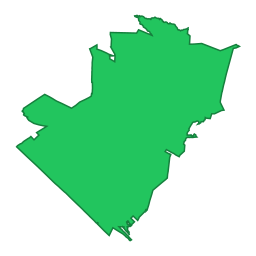 outline of Mapastepec, Chiapas, Mexico
{"feature_id": "50627088B6586948636564", "entity_name": "Mapastepec", "entity_type": "district", "adm_level": 2, "iso_a3": "MEX", "parent_name": "Mexico", "parent_adm1": "Chiapas", "projection": "orthographic", "projection_center": [-92.868, 15.447], "detail": "fine", "context": "isolated", "style": "filled", "palette": "green", "viewbox_px": 256, "rotation_deg": 0, "n_neighbors": 0, "source": "geoboundaries", "source_scale": "gbopen_adm2", "svg_char_len": 5724}
<svg xmlns="http://www.w3.org/2000/svg" viewBox="0 0 256 256"><path d="M184.3,151.2L184.8,145.1L184.6,144.9L183.9,144.5L183.6,144.1L184.0,142.6L184.0,141.9L184.2,141.6L185.5,140.3L185.6,139.2L186.1,138.2L186.5,137.8L187.3,137.5L188.0,137.3L189.1,137.5L190.9,137.4L192.8,137.5L195.2,137.1L196.1,137.1L196.8,137.0L196.0,136.2L195.8,135.0L194.3,134.0L193.5,135.1L192.9,136.4L192.1,136.4L192.2,135.9L191.1,134.9L190.8,135.4L190.2,135.1L187.2,135.1L187.2,134.2L187.0,133.6L187.6,132.1L189.2,130.2L188.8,128.8L189.3,128.3L189.5,127.7L190.5,126.0L191.0,125.1L191.8,124.0L192.1,123.3L192.7,122.5L193.3,122.1L195.0,122.0L197.0,121.0L197.7,121.1L198.4,121.5L198.6,121.7L198.9,122.9L197.9,124.1L198.5,123.9L199.1,123.9L200.1,123.1L200.4,123.0L200.7,122.8L200.8,122.5L200.8,122.2L201.0,121.9L202.0,121.6L202.9,121.7L203.2,121.5L203.5,121.6L203.9,120.9L204.0,120.4L204.5,120.0L204.9,119.9L205.1,119.6L205.1,119.0L205.3,117.6L205.9,118.1L210.2,118.6L211.7,113.8L214.5,113.8L221.5,110.5L224.0,110.1L220.3,102.5L220.3,101.1L221.8,92.7L222.2,91.5L223.5,85.4L224.5,81.7L225.4,77.6L226.5,73.2L233.3,48.4L236.1,47.9L239.4,46.4L238.1,45.6L237.8,45.7L237.3,45.6L236.9,45.2L236.7,44.8L236.1,44.5L223.2,49.7L220.2,50.7L201.7,43.5L193.8,44.1L189.5,44.2L190.0,36.0L189.7,35.6L188.7,34.9L188.5,34.6L187.9,34.1L187.5,33.9L187.3,33.6L187.6,32.7L187.6,31.5L187.7,31.0L187.8,30.1L187.9,29.9L188.2,29.6L188.0,28.7L188.1,28.0L187.6,28.2L186.9,28.7L186.8,28.9L186.4,29.1L185.7,29.1L185.2,29.4L183.9,29.4L182.4,30.3L182.2,30.3L181.7,30.1L180.6,30.8L180.3,30.4L179.9,30.4L179.7,30.1L178.9,29.8L178.4,30.0L178.0,29.8L177.7,29.5L177.4,28.4L176.9,27.5L176.3,26.9L175.8,26.4L175.6,26.1L175.5,25.7L175.2,25.3L174.9,24.6L173.7,24.1L173.0,24.2L170.8,23.7L170.3,23.1L170.0,23.0L169.7,23.1L169.7,23.6L169.4,23.8L169.1,23.8L168.2,23.7L167.7,23.4L167.2,22.6L166.3,22.1L165.5,22.2L165.2,22.0L164.4,22.4L163.7,22.3L163.4,22.0L163.3,21.4L163.0,21.3L162.7,21.3L162.5,21.2L162.1,20.1L161.9,19.7L161.3,19.4L160.4,18.5L159.9,18.6L159.7,19.4L159.5,19.5L159.3,19.2L159.0,18.7L158.8,18.6L158.7,18.4L158.3,18.3L157.6,18.4L157.1,18.2L156.6,18.2L155.8,17.7L155.3,17.3L154.9,17.2L153.9,17.9L153.3,18.0L152.2,17.9L151.5,18.1L151.0,18.5L151.0,19.3L150.9,19.5L150.7,19.5L150.3,19.1L149.8,18.9L148.6,18.8L147.6,18.9L147.1,18.9L146.5,18.4L145.3,18.4L145.1,18.2L143.5,16.7L142.0,16.1L141.4,16.1L140.3,16.7L139.8,16.7L139.7,16.3L139.8,15.8L139.7,15.7L138.5,16.2L137.4,15.5L136.9,15.4L135.3,15.9L134.7,15.9L134.8,16.3L135.3,16.7L135.7,16.7L136.0,16.9L136.3,17.0L136.5,17.2L137.1,17.1L137.4,17.5L137.9,17.5L138.5,18.1L138.7,18.6L138.6,19.1L138.6,19.8L138.8,20.5L139.1,21.0L139.9,21.8L140.1,22.9L139.9,23.6L140.2,24.1L140.9,24.3L141.4,24.3L141.8,24.5L142.6,25.3L142.8,25.6L143.2,25.9L143.4,26.4L143.3,26.7L143.4,27.0L145.2,28.1L146.0,28.8L146.6,29.4L147.5,30.9L147.8,31.1L148.8,31.3L149.5,31.7L149.9,32.1L150.2,33.2L150.3,33.4L151.1,33.8L151.4,34.6L152.1,35.2L152.2,35.5L138.6,29.8L136.6,33.1L110.4,32.5L110.3,34.5L111.5,39.0L111.1,46.7L110.7,46.9L114.9,54.3L114.4,55.8L115.1,55.9L114.7,61.7L109.7,58.8L109.9,57.7L109.5,55.9L113.6,55.9L108.7,54.2L106.7,53.1L101.2,50.6L96.9,49.1L97.0,46.0L96.9,44.9L90.6,48.5L89.7,48.8L92.8,57.2L92.2,62.6L92.2,65.4L92.0,68.4L92.1,70.0L91.9,71.8L91.9,74.8L91.8,76.4L91.8,77.8L91.7,79.0L91.8,82.4L92.4,82.4L92.5,88.2L92.2,93.6L91.6,93.5L91.2,96.2L89.1,97.5L85.0,99.6L80.3,101.8L79.7,102.1L75.8,105.4L71.5,108.2L61.9,103.5L56.6,101.1L54.1,99.6L52.9,98.8L49.4,96.8L44.7,94.4L37.9,98.8L23.5,108.4L23.4,109.6L23.1,110.1L22.6,110.5L22.3,110.9L22.2,111.3L22.3,111.5L22.5,111.7L23.3,111.9L23.5,112.2L23.7,113.0L23.8,113.2L24.3,113.5L24.0,114.3L23.6,114.6L23.6,114.9L25.0,115.9L25.7,116.1L26.6,116.7L27.6,117.1L27.0,117.7L27.7,118.9L28.9,120.4L33.9,123.4L38.8,124.8L43.0,125.7L46.7,126.3L44.6,127.7L36.6,132.6L38.9,135.1L34.0,139.8L30.9,136.5L29.5,137.8L28.3,138.4L24.0,141.2L22.4,142.6L22.2,142.9L21.7,143.4L21.2,143.6L20.4,143.8L17.5,145.7L16.6,146.8L18.2,148.3L26.3,156.0L36.6,165.6L46.9,175.5L53.2,181.7L55.2,183.6L58.7,186.6L60.0,187.9L64.4,191.9L65.8,193.0L70.3,197.5L76.5,203.5L82.7,209.4L84.3,211.1L89.3,215.9L89.5,216.3L89.9,216.6L94.2,220.7L95.9,222.6L96.7,223.2L97.0,223.4L97.3,223.2L97.3,222.9L97.6,222.6L97.9,222.8L98.0,223.2L97.7,223.7L97.5,223.8L97.5,224.1L98.1,224.6L104.2,230.8L109.2,235.5L112.9,227.8L122.7,233.8L125.2,235.9L125.6,236.5L126.1,236.9L128.3,238.5L129.3,240.0L129.8,240.5L130.3,240.6L131.5,239.8L129.3,237.5L128.1,235.9L126.6,234.6L125.6,233.4L125.1,232.9L122.7,230.8L122.0,229.8L120.8,228.8L118.9,226.7L124.0,226.9L124.0,227.6L123.8,227.7L123.1,227.1L123.2,227.7L123.9,228.3L124.3,228.7L124.9,229.7L125.3,230.0L125.8,230.8L126.6,231.5L129.6,235.0L129.4,234.7L129.1,233.8L128.9,233.3L128.9,233.0L129.1,232.6L129.0,232.0L128.6,231.4L128.3,231.2L127.7,230.4L127.8,230.0L127.3,229.3L127.4,229.0L127.7,228.2L127.1,226.9L127.1,226.7L127.4,226.5L127.8,226.4L128.7,226.8L129.0,226.6L129.3,226.4L129.9,226.2L130.2,225.8L130.4,225.8L130.5,226.2L131.1,225.8L130.8,225.7L130.6,225.4L130.2,225.0L128.7,225.0L128.5,224.8L128.0,224.7L127.5,224.3L127.3,224.1L127.1,223.5L127.0,223.0L127.2,222.5L127.1,222.4L126.9,222.4L126.6,222.1L126.6,221.9L127.9,220.9L128.9,222.2L128.5,222.7L129.1,223.2L129.9,224.0L130.5,224.2L130.7,224.5L131.2,224.7L131.4,224.9L134.5,221.8L130.9,218.2L133.1,216.0L137.7,220.4L138.8,218.3L139.2,217.2L144.9,211.5L145.1,211.7L145.6,210.1L146.2,210.7L146.4,209.8L146.8,210.2L147.0,210.2L148.6,205.3L149.1,203.4L149.7,200.9L151.7,194.5L152.9,190.2L161.9,182.6L166.1,179.2L166.7,178.4L167.3,178.1L167.6,174.3L168.1,171.5L169.7,157.5L169.7,157.3L170.8,154.6L170.1,154.1L170.0,154.4L165.1,151.6L166.4,149.6L172.2,152.8L174.0,153.6L175.9,155.0L179.2,156.7L179.9,155.2L184.3,151.2Z" fill="#22c55e" stroke="#15803d" stroke-width="1.5"/></svg>